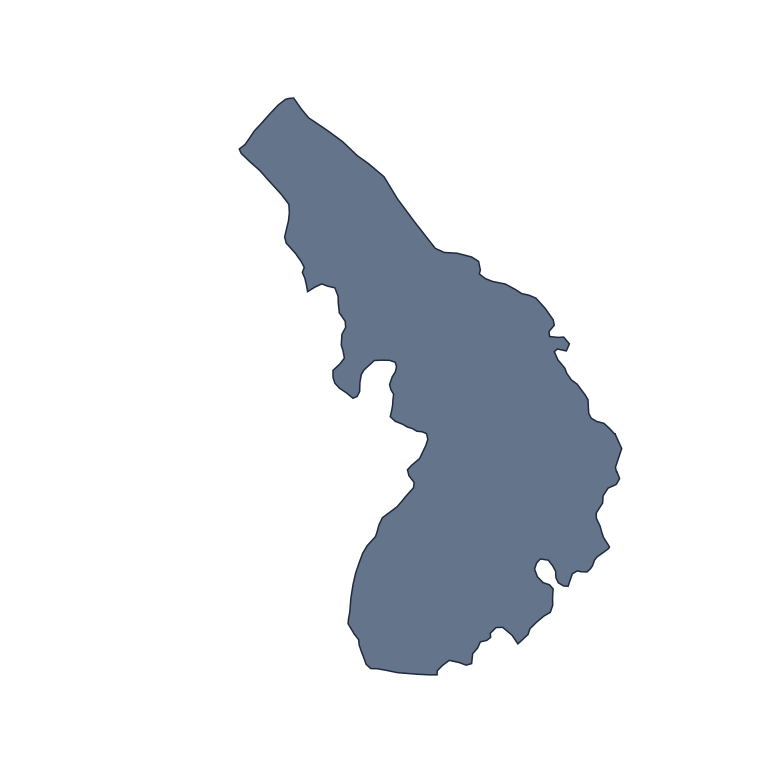 Berg, Jämtland, Sweden (Mercator projection), rotated 55°
{"feature_id": "70781695B75500523526502", "entity_name": "Berg", "entity_type": "district", "adm_level": 2, "iso_a3": "SWE", "parent_name": "Sweden", "parent_adm1": "Jämtland", "projection": "mercator", "projection_center": [13.824, 62.694], "detail": "fine", "context": "isolated", "style": "filled", "palette": "slate", "viewbox_px": 768, "rotation_deg": 55, "n_neighbors": 0, "source": "geoboundaries", "source_scale": "gbopen_adm2", "svg_char_len": 2948}
<svg xmlns="http://www.w3.org/2000/svg" viewBox="0 0 768 768"><g transform="rotate(55 384 384)"><path d="M97.9,294.0L95.7,297.8L94.3,301.4L94.8,310.7L97.3,322.9L100.4,335.9L102.3,345.0L105.6,353.5L108.1,360.4L108.5,367.8L113.3,368.7L124.9,366.4L137.8,363.3L149.4,362.0L170.3,359.3L182.3,358.9L189.4,363.3L195.6,368.7L201.4,375.3L206.7,381.1L212.5,383.3L226.3,381.6L236.1,381.6L242.7,382.4L245.8,386.9L252.1,388.2L258.7,390.9L264.5,393.6L265.0,385.1L266.3,377.6L271.6,374.0L277.0,369.1L285.9,371.3L291.2,374.9L300.1,379.8L310.3,379.8L315.6,382.9L319.2,390.0L327.6,396.7L333.0,398.4L340.1,401.6L342.3,408.7L343.6,418.0L349.4,422.0L355.2,423.8L361.9,422.9L369.9,419.8L377.9,417.6L378.8,413.1L376.1,408.2L369.0,402.9L363.2,397.1L361.0,392.2L359.2,378.4L363.2,372.2L367.7,366.0L372.5,362.4L377.0,363.8L380.6,367.8L382.8,373.1L385.4,376.7L387.7,379.8L392.6,381.6L397.9,382.0L401.9,385.6L406.3,389.1L410.3,393.1L414.3,397.6L421.0,396.2L427.7,391.8L432.6,389.6L436.6,386.4L441.5,384.2L445.0,380.2L449.0,377.6L454.4,379.8L458.4,385.1L462.4,392.2L465.5,397.6L466.4,407.8L467.7,414.0L473.5,416.2L481.9,415.8L485.9,419.3L488.6,430.9L490.4,437.1L492.1,443.8L492.6,462.0L496.6,469.1L501.5,474.9L504.1,478.5L506.8,490.5L510.4,498.5L516.2,506.9L522.4,515.4L530.4,524.3L540.6,534.1L550.8,542.5L556.6,548.3L559.7,550.9L571.7,551.8L578.8,551.4L583.7,554.1L589.5,555.8L595.3,557.2L603.3,559.4L609.5,558.1L613.5,552.7L619.3,546.9L628.2,538.5L641.1,522.9L648.6,513.2L652.7,507.3L649.5,504.9L648.1,497.8L647.8,489.1L655.4,482.1L661.4,478.0L663.3,472.6L659.5,469.3L655.7,466.0L654.1,459.0L650.5,453.0L653.0,446.8L652.7,441.9L649.2,440.0L647.8,431.9L651.4,426.4L663.3,423.2L673.7,423.4L671.8,409.7L668.1,404.6L666.6,395.4L665.8,386.3L666.4,378.7L662.0,372.7L655.5,368.3L648.9,363.0L643.4,363.6L638.0,367.6L630.0,368.9L622.1,366.9L618.1,361.6L617.0,356.3L622.5,350.5L629.4,350.1L635.8,350.8L641.4,354.3L646.9,355.2L652.4,352.8L655.3,349.2L652.0,344.8L647.5,338.6L648.0,332.8L650.7,330.4L654.4,325.5L653.8,320.8L652.4,317.3L649.1,312.8L647.8,308.4L647.8,299.8L647.6,294.4L646.7,292.7L635.7,292.2L630.8,290.8L624.3,288.5L616.0,287.1L611.5,284.3L606.9,273.2L601.2,268.6L597.8,260.1L599.5,251.5L596.7,245.3L588.7,243.3L588.6,243.2L588.9,243.8L585.0,242.2L574.4,227.9L573.2,226.3L558.1,223.5L557.6,223.2L557.5,223.7L550.8,224.6L542.4,226.4L536.6,231.3L530.8,233.9L525.5,233.1L520.2,229.9L513.9,225.9L508.2,225.5L494.8,225.9L488.1,228.2L480.1,228.2L474.8,226.8L463.7,227.7L455.2,225.9L454.8,221.9L461.5,215.7L457.5,209.1L448.6,209.9L445.9,214.4L440.1,221.1L435.7,218.8L433.5,210.8L428.6,208.6L414.3,208.6L401.8,210.2L400.6,210.4L394.3,214.4L389.0,219.3L381.4,222.4L371.7,227.3L362.3,236.2L355.7,240.6L348.5,242.8L345.9,239.7L337.9,236.2L330.3,239.3L318.8,249.1L310.7,259.3L302.3,264.2L268.5,266.0L240.1,266.8L214.3,265.1L194.3,270.4L181.8,274.9L161.8,278.9L144.9,284.6L132.0,289.5L122.7,293.1L111.1,294.0L97.9,294.0Z" fill="#64748b" stroke="#1e293b" stroke-width="1.5"/></g></svg>